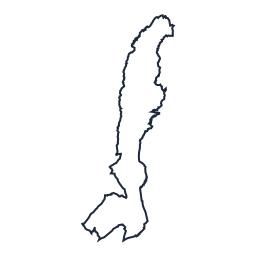 the district of Jalacingo, Veracruz, Mexico
{"feature_id": "50627088B88216282065505", "entity_name": "Jalacingo", "entity_type": "district", "adm_level": 2, "iso_a3": "MEX", "parent_name": "Mexico", "parent_adm1": "Veracruz", "projection": "natural_earth1", "projection_center": [-97.294, 19.774], "detail": "fine", "context": "isolated", "style": "outline", "palette": "slate", "viewbox_px": 256, "rotation_deg": 0, "n_neighbors": 0, "source": "geoboundaries", "source_scale": "gbopen_adm2", "svg_char_len": 5849}
<svg xmlns="http://www.w3.org/2000/svg" viewBox="0 0 256 256"><path d="M127.8,57.2L127.7,59.4L126.3,61.5L126.4,62.8L126.8,63.1L125.9,63.9L126.3,64.7L125.7,66.6L124.8,67.7L124.5,69.2L123.8,70.0L123.9,70.9L123.4,71.6L123.5,72.5L124.2,73.7L124.0,75.4L123.5,76.2L123.8,76.8L124.4,77.2L124.3,78.2L123.9,78.8L124.2,79.6L123.5,80.4L122.8,82.0L123.2,82.2L123.6,83.0L123.2,83.8L124.0,85.2L124.2,86.2L121.5,88.5L121.2,89.7L120.2,90.8L120.4,91.4L119.9,92.8L120.3,93.9L121.1,94.9L120.8,95.5L119.5,96.5L119.3,97.6L119.5,97.7L119.3,98.2L119.8,99.1L120.0,99.9L119.9,100.3L119.2,101.0L119.4,102.5L119.3,105.2L120.1,106.6L120.0,107.2L120.4,107.9L121.1,108.4L120.5,108.7L120.2,110.1L120.7,111.2L121.2,111.7L121.1,113.0L121.2,113.4L120.7,114.3L120.9,115.1L121.3,115.7L121.3,116.4L120.7,117.4L120.1,120.8L119.3,122.2L118.8,124.5L119.1,125.3L118.7,125.7L118.7,126.2L118.0,126.7L117.5,127.8L118.1,128.2L117.3,130.6L118.3,131.7L118.6,132.4L118.0,133.8L118.1,135.3L117.6,136.4L117.7,137.3L118.0,137.5L118.2,139.4L117.9,139.9L118.0,141.8L117.7,142.4L118.0,143.7L117.1,144.8L116.7,145.7L117.5,151.4L117.3,152.9L116.3,154.0L116.2,154.7L116.4,155.0L116.7,155.0L118.1,154.1L120.9,153.8L120.9,154.4L120.4,156.0L119.9,158.6L118.7,159.5L116.1,163.2L114.6,163.6L113.2,164.7L111.3,165.7L109.7,167.0L110.8,168.4L111.6,168.5L112.0,169.8L112.5,170.5L110.9,173.4L114.6,173.7L114.8,175.4L116.1,177.7L117.6,179.1L117.8,179.5L117.7,180.4L119.3,183.2L122.9,188.2L124.6,189.2L125.3,192.7L126.4,195.6L126.4,198.0L126.7,198.4L125.2,197.3L123.4,196.7L122.6,195.6L121.3,195.5L120.8,196.3L119.2,196.5L119.0,196.3L119.0,195.9L118.0,195.3L117.5,194.6L113.6,193.0L111.7,193.5L111.6,194.3L110.7,194.2L110.6,194.8L107.3,195.0L107.2,195.6L105.1,195.2L104.6,199.0L101.5,203.7L98.0,206.6L96.9,208.4L95.6,209.4L93.6,212.0L90.7,214.1L88.7,217.8L84.4,223.3L83.9,223.9L83.2,223.5L82.3,223.9L83.3,225.6L84.4,226.4L85.2,228.3L86.9,229.7L88.4,230.1L90.0,230.9L90.8,231.9L90.8,232.7L91.5,233.4L91.6,232.2L92.1,231.9L92.8,231.0L93.2,231.2L94.7,228.0L94.9,228.1L94.7,228.8L95.1,229.0L94.6,228.9L95.3,231.4L96.0,231.6L96.3,232.4L97.2,232.7L97.8,233.9L97.6,234.9L98.1,235.8L99.3,236.8L99.6,237.7L99.7,238.2L99.0,239.8L100.8,238.6L104.3,237.2L111.8,231.0L113.4,228.9L117.0,226.7L117.8,226.8L118.1,226.3L117.7,226.4L118.2,226.0L118.6,225.2L121.4,224.6L122.0,224.9L122.7,224.5L125.3,227.3L125.0,228.1L124.2,228.8L125.9,231.0L124.4,235.4L123.4,240.6L126.4,238.7L128.8,237.8L133.5,236.7L134.7,236.3L135.4,235.5L136.3,236.3L137.1,235.4L137.6,235.8L139.3,234.2L138.8,233.8L140.6,232.2L140.8,232.3L144.3,228.6L143.8,227.6L144.5,227.0L144.2,224.1L145.7,223.2L147.6,221.1L145.6,212.4L143.0,206.1L142.5,202.9L142.5,201.2L141.7,200.9L140.0,188.1L140.7,186.9L141.3,187.3L141.9,186.4L142.1,186.5L143.5,183.9L143.4,184.6L143.8,184.8L144.5,182.2L144.9,182.5L145.2,181.0L145.7,181.2L145.8,179.9L146.3,180.1L146.4,177.4L146.9,177.4L146.9,177.2L145.3,171.5L145.5,171.0L145.2,169.2L145.5,166.9L144.5,166.0L144.5,165.3L142.7,163.5L141.5,162.6L139.7,161.7L139.2,161.0L138.8,156.9L139.1,151.9L139.9,148.1L139.9,144.6L140.4,143.2L140.3,142.0L139.8,140.6L140.3,139.6L141.2,139.4L141.8,138.2L142.4,138.0L142.8,136.2L143.4,135.8L143.4,135.4L144.0,134.7L144.2,133.9L145.0,132.9L145.1,131.3L145.4,131.1L146.1,131.5L147.2,131.1L147.9,129.5L148.2,129.4L148.0,129.0L149.4,128.4L151.1,128.3L152.3,126.5L151.9,126.0L150.9,125.6L150.4,124.6L150.5,124.1L148.9,123.7L150.3,122.1L150.1,121.9L150.4,121.4L151.1,122.0L151.2,121.1L150.2,119.9L150.6,119.2L151.6,119.4L151.6,117.8L152.0,117.2L152.8,117.3L152.9,116.5L153.8,116.6L153.9,115.8L154.9,116.1L155.0,115.6L155.7,115.9L156.3,115.1L157.6,114.2L158.3,114.2L159.2,113.8L159.2,113.0L157.1,113.0L155.8,112.6L155.2,112.8L154.4,112.3L154.1,111.8L153.6,111.7L153.3,112.0L151.8,111.8L153.2,111.2L152.9,110.5L153.3,110.2L154.5,111.1L154.7,109.8L157.3,110.5L157.3,109.0L158.7,108.0L158.6,107.4L159.3,107.6L161.6,105.4L161.5,104.6L161.0,103.6L161.4,101.6L162.3,100.4L164.3,99.0L164.2,97.0L164.7,96.0L164.8,95.3L164.2,93.7L164.2,92.6L164.3,92.0L165.9,90.1L165.8,88.5L163.4,90.7L161.9,88.9L161.9,87.6L161.6,87.1L161.9,86.7L160.5,85.2L160.3,84.6L159.3,85.1L157.4,85.0L156.1,84.5L155.2,83.1L154.6,82.6L154.8,82.2L155.6,82.1L155.7,81.6L155.4,81.0L155.6,80.6L156.2,80.3L155.9,78.8L156.4,77.4L157.2,77.0L158.2,75.6L158.7,75.9L159.0,75.3L159.0,74.1L159.8,72.3L159.3,70.4L160.1,67.5L159.0,66.8L158.2,65.9L157.8,63.2L157.9,62.6L158.7,61.9L158.9,60.8L160.0,58.9L159.7,57.5L159.0,56.2L158.2,55.6L158.0,54.4L156.9,53.0L156.8,52.0L157.7,50.3L157.2,50.0L157.4,48.7L158.1,48.7L158.5,48.2L158.3,46.5L158.4,46.0L159.0,46.0L159.2,45.6L159.1,45.1L159.5,44.6L159.8,43.2L160.1,43.2L160.6,42.2L161.2,42.1L162.0,41.2L162.1,40.6L161.6,39.8L163.2,39.1L163.5,38.7L163.7,37.4L164.8,36.7L166.1,35.3L166.7,35.6L166.7,35.9L167.2,36.4L168.4,35.5L169.5,35.9L171.3,35.7L172.6,36.0L172.9,35.3L172.7,34.1L172.9,30.9L172.2,28.4L172.6,27.0L173.7,25.7L172.3,25.3L172.2,24.9L170.2,25.6L169.2,20.0L168.7,19.7L167.7,18.1L166.8,18.0L166.2,17.2L165.6,17.7L165.4,17.4L165.6,16.5L165.4,16.2L165.0,16.5L164.8,16.3L163.4,17.7L162.7,15.4L161.3,15.5L158.8,17.1L158.1,18.0L157.2,17.1L155.5,17.6L153.0,21.0L152.6,22.3L152.3,22.4L151.6,23.4L151.4,24.2L151.1,24.3L150.3,25.8L149.2,26.8L148.3,27.2L147.6,26.6L147.1,27.1L146.6,26.8L146.3,27.0L146.1,27.8L145.5,28.0L145.5,30.7L144.8,29.1L144.4,29.3L144.4,30.3L143.5,31.1L143.2,30.8L143.2,30.1L142.4,30.0L140.9,32.0L139.9,32.8L139.6,36.4L139.3,36.6L138.7,36.2L138.2,37.5L136.9,37.7L137.2,38.9L136.8,40.1L135.6,39.7L135.7,39.0L135.5,38.6L135.3,38.7L135.2,39.8L134.6,40.4L135.0,41.0L134.9,41.6L134.5,41.8L134.1,41.1L133.7,41.0L133.6,41.3L134.2,42.2L133.9,42.5L133.7,43.5L132.8,43.4L132.8,44.2L132.0,44.4L132.3,45.1L131.7,45.8L131.9,46.4L134.5,47.7L134.5,50.3L133.2,51.5L132.7,51.6L132.3,52.4L130.9,52.4L130.3,53.1L129.6,53.3L129.0,53.9L128.4,55.6L128.5,56.4L127.8,57.2Z" fill="none" stroke="#1e293b" stroke-width="2"/></svg>